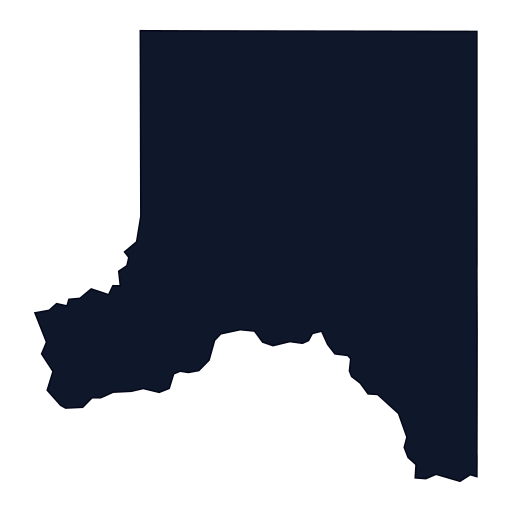 outline of Whitman, Washington, United States of America
{"feature_id": "52423323B58326499473481", "entity_name": "Whitman", "entity_type": "district", "adm_level": 2, "iso_a3": "USA", "parent_name": "United States of America", "parent_adm1": "Washington", "projection": "mercator", "projection_center": [-117.62, 46.839], "detail": "fine", "context": "isolated", "style": "filled", "palette": "ink", "viewbox_px": 512, "rotation_deg": 0, "n_neighbors": 0, "source": "geoboundaries", "source_scale": "gbopen_adm2", "svg_char_len": 1094}
<svg xmlns="http://www.w3.org/2000/svg" viewBox="0 0 512 512"><path d="M476.9,102.4L476.9,87.7L476.9,73.1L476.9,61.6L476.9,49.6L476.9,31.4L190.4,30.9L140.3,30.7L140.8,216.3L136.6,241.8L124.5,251.9L128.8,257.4L126.9,265.7L118.7,271.2L120.3,285.8L112.9,285.7L108.6,294.7L91.2,288.9L79.9,298.3L68.9,299.3L67.0,305.9L56.6,303.6L49.1,310.3L34.9,312.8L46.5,342.1L41.6,353.9L53.0,371.4L47.2,390.2L60.6,405.3L65.6,408.1L82.7,407.3L92.0,397.8L100.7,397.8L113.1,392.2L131.4,391.3L143.2,388.5L159.2,392.4L169.2,388.4L173.7,373.9L180.1,371.2L188.4,372.5L198.8,370.6L209.1,360.1L214.6,340.4L220.7,333.9L240.2,329.7L254.5,331.1L262.6,342.1L273.0,345.7L289.8,341.6L302.5,343.3L308.5,340.6L312.4,333.5L321.6,331.2L327.6,344.4L334.9,353.9L347.8,355.5L350.7,358.8L349.4,370.9L351.6,376.5L360.2,383.1L368.1,393.9L377.6,394.5L398.5,413.5L406.9,437.1L404.2,447.4L408.1,457.5L416.0,464.6L415.2,477.9L425.8,478.7L436.1,474.3L460.0,481.3L470.3,474.7L476.9,476.7L477.0,457.2L476.9,453.6L476.9,452.4L477.0,415.3L477.1,330.9L476.9,269.4L477.0,263.9L476.9,102.4Z" fill="#0f172a" stroke="#020617" stroke-width="1.5"/></svg>